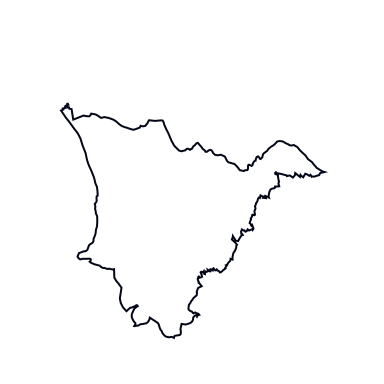 Xoxocotla, Puebla, Mexico (Equal Earth projection), rotated 158°
{"feature_id": "50627088B45118812748540", "entity_name": "Xoxocotla", "entity_type": "district", "adm_level": 2, "iso_a3": "MEX", "parent_name": "Mexico", "parent_adm1": "Puebla", "projection": "equal_earth", "projection_center": [-97.166, 18.63], "detail": "fine", "context": "isolated", "style": "outline", "palette": "ink", "viewbox_px": 384, "rotation_deg": 158, "n_neighbors": 0, "source": "geoboundaries", "source_scale": "gbopen_adm2", "svg_char_len": 6023}
<svg xmlns="http://www.w3.org/2000/svg" viewBox="0 0 384 384"><g transform="rotate(158 192 192)"><path d="M272.6,314.0L274.5,315.1L274.5,316.8L275.4,316.9L275.2,319.0L275.0,319.6L274.0,319.3L274.1,320.4L274.6,320.5L274.8,320.1L275.3,319.0L276.7,319.3L277.0,318.4L277.6,318.6L277.6,317.4L280.5,317.8L280.4,316.7L282.9,316.6L281.1,308.2L279.7,303.5L277.2,293.6L275.9,289.1L275.4,283.4L276.0,276.3L276.1,267.8L277.1,262.5L277.6,257.9L277.6,253.7L277.4,250.8L277.4,242.9L277.8,239.2L278.2,237.5L278.3,235.3L278.2,232.4L279.4,227.9L280.8,224.0L281.9,223.8L282.9,222.0L283.5,219.9L284.4,218.6L286.7,217.3L286.9,215.2L288.2,212.5L288.6,209.7L289.2,208.1L289.0,206.8L289.1,204.8L291.1,199.6L293.0,195.7L295.2,192.9L297.1,189.4L299.4,186.8L300.8,185.5L301.5,183.8L302.1,183.1L303.3,182.2L306.9,181.5L308.2,180.4L310.4,177.8L311.9,177.1L313.7,177.2L314.5,177.5L319.6,177.7L322.3,175.1L322.3,174.3L321.7,172.5L320.8,171.4L319.6,171.1L318.8,171.2L315.5,169.8L312.6,168.8L311.2,168.0L311.2,167.0L311.6,166.4L312.4,165.9L313.0,165.7L312.8,165.2L312.5,164.6L309.6,161.6L305.1,158.2L304.6,156.9L303.4,155.3L302.8,154.8L301.8,154.5L299.2,152.3L297.5,151.9L296.0,150.8L294.4,149.8L293.2,149.6L295.4,143.6L296.1,141.4L295.6,138.2L294.5,134.8L293.2,129.7L298.8,120.3L299.6,115.8L299.2,110.8L297.4,106.0L294.7,107.1L292.5,107.8L290.9,107.4L287.3,107.5L286.0,107.9L285.1,107.3L285.2,106.3L286.5,106.3L288.7,105.6L289.8,104.9L293.1,101.8L294.0,100.5L294.8,98.1L294.6,94.7L294.2,93.1L293.6,91.7L294.0,90.7L295.8,89.3L295.5,89.1L293.4,88.8L291.9,88.3L289.1,88.7L287.7,88.2L283.5,87.4L281.8,87.9L280.2,88.9L279.1,90.0L278.2,91.3L273.4,84.4L272.8,83.3L272.5,82.2L272.5,81.2L272.8,78.1L272.8,76.2L272.3,74.8L272.2,73.3L272.2,71.9L271.2,69.1L270.4,67.8L268.6,66.4L267.5,65.8L265.8,65.5L265.0,65.2L263.4,63.5L262.5,64.8L262.0,65.1L259.4,64.6L257.2,64.0L256.0,64.3L255.4,65.0L254.9,66.2L254.4,67.4L254.2,68.8L253.3,70.4L251.1,73.6L247.5,71.5L244.8,71.2L242.2,71.2L240.3,72.0L238.9,73.2L238.1,74.8L237.3,75.6L236.3,76.0L234.6,76.4L234.1,76.0L234.0,74.6L232.8,75.6L231.3,75.4L231.7,76.7L232.8,77.5L234.2,79.1L236.2,79.0L237.0,81.3L237.7,81.9L238.6,83.0L239.1,84.1L239.0,85.2L237.1,88.6L235.3,89.6L233.2,91.4L232.1,91.8L230.6,93.0L228.2,93.9L226.5,94.4L225.2,96.4L225.1,97.6L222.5,100.6L221.9,100.8L218.3,101.0L219.4,104.7L219.8,105.1L219.5,105.8L219.7,106.0L219.5,106.5L219.4,108.9L219.2,109.4L217.8,111.0L217.4,111.2L217.1,110.9L217.0,110.4L217.4,109.7L216.0,109.5L214.4,109.7L214.0,111.9L214.2,112.6L214.0,113.2L214.1,114.3L213.2,114.6L212.3,113.9L211.8,113.1L210.7,114.0L210.9,112.8L211.3,111.5L210.7,111.0L210.0,112.6L208.5,112.6L208.5,112.8L208.1,112.5L207.4,112.5L206.6,112.8L206.5,114.0L206.2,113.6L205.9,112.7L205.1,111.6L204.8,111.5L204.4,111.7L204.1,113.3L203.9,113.5L202.6,112.7L202.1,111.6L201.9,111.9L202.0,112.8L200.6,113.2L200.0,110.9L199.6,110.7L199.3,110.4L198.1,111.0L197.5,109.3L196.9,109.0L196.4,107.8L196.4,107.1L195.1,106.8L193.4,107.4L192.6,107.8L189.7,108.5L189.9,109.0L187.3,110.8L187.7,111.4L186.3,111.5L185.4,112.5L183.9,113.3L182.8,113.6L181.9,114.4L181.3,115.6L179.7,114.2L178.8,116.5L177.0,119.2L176.1,120.3L175.0,120.8L173.4,122.2L171.9,123.8L171.2,125.3L170.0,126.3L171.0,129.3L172.8,133.0L172.3,133.4L172.1,134.0L171.2,134.5L170.6,135.7L169.7,130.5L167.6,129.2L165.3,131.2L162.1,133.4L161.1,133.1L161.1,134.0L161.9,134.9L161.3,137.0L159.7,138.6L159.2,137.7L157.9,136.3L157.7,136.4L157.5,135.4L157.1,135.1L156.0,135.3L155.5,135.5L154.4,136.5L153.5,134.9L150.2,135.0L150.0,134.0L148.7,135.0L148.6,138.8L149.5,138.3L149.7,138.7L149.5,140.1L150.2,141.6L148.8,143.3L147.6,144.4L147.2,145.3L147.3,145.4L145.8,146.6L144.6,148.2L143.6,147.5L143.5,147.8L142.4,147.2L142.0,147.7L141.3,150.9L139.8,152.3L139.3,153.0L139.1,153.7L139.0,155.1L138.1,155.9L136.5,157.9L136.1,158.0L134.5,159.3L133.6,160.7L132.1,161.8L131.4,161.0L129.7,163.2L128.7,161.9L127.5,160.9L128.4,160.1L125.8,158.6L125.7,160.0L125.1,159.4L124.8,159.7L124.8,160.2L122.8,158.1L122.8,159.0L121.5,161.2L120.3,163.0L118.3,164.9L116.4,165.1L114.3,164.7L113.3,165.0L113.0,165.9L109.0,164.6L108.7,167.4L107.4,169.1L107.5,169.4L106.5,174.2L105.9,175.7L108.0,177.4L107.8,178.5L107.0,178.9L106.6,178.7L106.4,177.7L102.8,175.5L97.9,171.8L98.0,171.2L95.1,170.7L93.0,167.6L90.3,169.0L89.2,170.9L86.2,165.5L85.0,167.2L84.7,166.2L83.4,164.0L80.1,166.5L78.6,165.1L77.2,163.1L75.7,163.6L75.3,161.3L74.7,161.4L73.4,160.7L72.6,160.4L69.6,160.3L68.6,160.0L67.6,160.1L66.5,161.3L65.5,161.5L61.7,160.9L63.7,162.6L67.5,167.9L67.8,169.4L68.5,171.0L69.6,174.9L72.1,178.9L73.1,183.4L74.7,186.6L76.3,190.3L77.5,194.2L80.0,197.4L82.5,197.9L83.9,198.7L84.9,200.2L87.2,202.5L88.3,204.3L90.1,205.6L91.8,206.5L94.1,206.9L97.4,205.3L99.4,204.7L101.2,204.5L103.9,203.7L105.7,202.9L106.9,202.0L110.8,201.0L112.1,200.4L112.8,199.2L114.0,197.7L115.9,196.9L116.7,197.4L116.7,198.6L117.4,200.3L119.0,200.1L120.2,198.9L121.2,197.4L121.5,197.6L123.4,196.8L124.9,195.6L125.9,194.1L127.1,193.9L128.0,195.1L129.0,196.0L130.0,195.7L131.6,192.2L132.4,191.6L134.9,192.3L136.0,192.0L138.9,193.9L139.6,194.5L140.1,196.8L141.0,199.5L142.0,201.9L147.1,205.9L147.9,207.8L148.2,212.4L149.7,214.1L150.9,215.4L151.8,215.9L154.2,216.3L156.8,217.9L157.9,220.5L157.9,222.1L158.4,223.4L159.2,224.2L161.0,224.3L163.3,223.7L164.4,224.3L164.5,225.3L165.1,226.7L166.0,228.1L166.1,229.3L168.2,235.4L168.9,235.3L169.6,235.5L171.5,234.5L174.4,233.5L175.4,232.3L176.5,232.0L177.4,232.3L178.1,231.9L179.1,233.3L180.6,234.0L182.6,233.2L186.5,233.7L188.5,235.3L191.1,241.4L191.8,246.9L191.9,251.6L191.9,254.9L192.4,260.6L192.5,264.7L192.2,267.9L192.4,269.2L194.1,270.1L199.5,271.7L204.9,274.6L206.3,273.7L207.9,272.1L208.8,271.9L210.4,270.8L211.3,270.9L213.0,271.3L214.9,272.6L216.3,271.3L221.0,271.4L222.8,271.6L224.3,272.5L228.7,276.3L229.6,276.9L232.4,279.5L234.0,282.0L235.7,285.5L237.5,288.2L239.5,290.1L241.7,292.0L245.4,294.4L247.3,294.5L248.7,294.9L251.0,298.5L252.3,300.0L254.6,301.5L256.1,302.4L257.6,301.1L259.1,300.7L262.3,302.3L263.8,303.5L275.0,303.6L272.6,314.0Z" fill="none" stroke="#020617" stroke-width="2"/></g></svg>